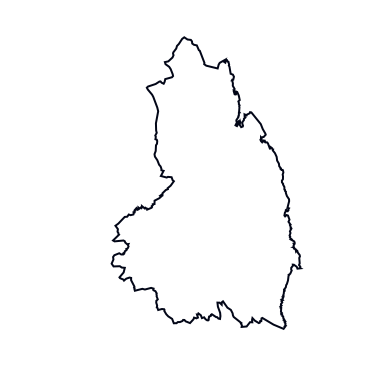 outline of Vestby nor, Akershus, Norway, rotated 168°
{"feature_id": "86288312B18050772568406", "entity_name": "Vestby nor", "entity_type": "district", "adm_level": 2, "iso_a3": "NOR", "parent_name": "Norway", "parent_adm1": "Akershus", "projection": "albers", "projection_center": [10.767, 59.56], "detail": "fine", "context": "isolated", "style": "outline", "palette": "ink", "viewbox_px": 384, "rotation_deg": 168, "n_neighbors": 0, "source": "geoboundaries", "source_scale": "gbopen_adm2", "svg_char_len": 6006}
<svg xmlns="http://www.w3.org/2000/svg" viewBox="0 0 384 384"><g transform="rotate(168 192 192)"><path d="M284.2,135.5L278.0,134.4L276.4,132.7L273.5,131.8L275.6,127.5L280.7,123.6L280.3,122.7L277.2,120.5L276.9,119.5L274.3,120.9L270.9,121.3L269.4,120.6L269.9,118.4L268.0,111.5L268.6,110.5L268.1,109.8L268.5,109.1L268.4,107.3L260.7,107.6L258.3,106.4L251.9,106.7L249.7,105.5L250.2,104.7L250.2,104.0L248.4,102.6L247.6,100.2L248.0,99.7L248.0,98.0L248.3,97.4L247.8,94.1L249.5,93.0L250.0,91.1L249.7,88.2L250.4,86.5L250.0,86.3L249.6,83.6L245.7,83.8L243.6,83.1L243.4,82.3L243.8,81.4L242.6,77.8L241.1,75.3L237.8,72.0L237.1,67.4L234.4,66.9L233.0,67.7L230.8,67.3L228.1,67.8L227.3,68.7L226.0,68.4L225.1,66.8L221.2,64.2L217.0,67.2L216.1,68.7L213.9,67.5L212.3,67.9L212.6,71.1L211.8,70.8L211.0,71.9L209.0,69.6L208.5,66.6L206.2,66.9L205.2,64.7L203.8,63.3L202.7,63.1L202.2,63.5L202.0,65.0L201.3,65.8L201.2,66.6L199.2,67.0L199.0,67.9L198.0,68.3L194.4,64.6L193.4,64.3L192.5,62.7L191.0,62.0L190.0,64.7L189.6,68.0L190.5,74.4L190.1,78.5L188.0,78.0L186.4,75.6L185.8,77.9L184.4,78.6L181.4,71.5L178.5,68.6L177.5,64.9L177.6,62.8L177.2,61.1L171.0,53.6L171.5,53.3L170.9,51.2L171.5,49.7L166.5,49.1L162.3,52.6L160.1,52.0L159.9,54.3L159.1,56.1L157.3,53.1L153.9,49.9L152.9,50.1L152.1,51.6L151.1,51.3L150.3,53.9L149.4,54.2L139.8,45.3L130.9,39.1L129.2,40.6L129.4,41.2L128.0,41.7L128.4,42.5L127.9,43.9L128.3,44.7L127.7,45.6L128.3,45.8L128.0,46.6L128.5,46.9L128.3,47.7L128.9,47.9L128.5,48.6L128.9,49.5L128.7,51.0L129.4,51.8L129.1,52.4L129.4,53.3L130.1,53.6L130.1,54.4L129.2,54.9L129.9,56.3L128.8,60.2L129.3,60.3L129.1,61.1L129.4,61.4L128.0,62.4L128.5,63.1L128.0,64.3L126.7,65.1L126.8,66.2L127.2,66.7L127.1,67.0L125.8,67.3L126.6,68.2L125.6,68.4L124.9,69.7L125.2,70.4L124.2,70.6L124.0,71.6L124.3,71.9L123.4,73.4L122.8,75.4L121.9,76.0L121.8,76.6L122.4,76.6L122.3,77.4L120.1,79.2L119.2,81.4L118.3,82.3L116.5,85.5L115.0,89.9L114.5,90.3L114.1,89.7L114.6,90.9L112.9,91.6L110.8,94.5L111.1,95.4L110.7,97.2L108.6,98.9L108.5,100.0L107.5,99.7L105.5,97.5L105.0,96.7L104.8,95.1L101.6,94.8L102.1,95.3L101.6,96.5L102.5,98.3L101.5,99.8L100.8,105.2L99.8,106.6L99.8,108.0L101.2,110.9L101.2,112.4L101.8,113.2L102.6,112.4L102.6,114.5L104.0,115.4L103.9,116.4L104.2,116.6L103.7,116.6L104.0,118.0L103.1,119.4L103.3,120.3L102.3,120.2L102.1,121.3L102.3,122.4L105.2,125.0L104.5,125.2L105.4,126.4L105.7,127.5L105.2,128.1L105.6,129.1L104.2,131.4L104.4,133.2L102.3,135.6L102.5,136.2L103.1,135.7L102.8,137.5L103.1,139.3L102.4,139.6L103.8,142.8L102.4,144.7L103.0,149.0L104.3,149.8L106.0,148.8L106.5,149.8L105.3,152.7L104.4,153.3L104.0,154.8L103.6,155.0L103.4,154.1L102.4,153.3L101.4,154.2L101.4,155.2L100.6,155.9L101.9,156.7L98.9,162.8L98.6,164.8L100.0,168.3L100.4,171.5L100.1,172.8L100.7,173.4L100.6,174.7L101.1,175.2L100.6,177.7L101.4,180.4L101.2,181.1L102.0,182.7L101.7,184.4L100.4,185.6L99.7,188.5L99.7,190.2L98.6,192.0L98.5,193.8L98.7,194.7L99.8,194.9L100.6,196.2L100.1,196.6L101.3,199.0L101.1,201.7L102.2,205.0L101.9,208.8L102.8,212.8L104.3,215.8L103.9,216.6L104.3,216.7L104.5,218.1L105.9,219.7L106.7,217.5L107.6,223.7L108.2,224.9L110.0,225.3L110.4,225.9L110.0,226.4L110.2,227.0L111.2,226.5L111.8,227.6L113.1,226.1L113.9,227.4L114.2,228.9L113.5,229.6L113.2,230.9L112.8,230.0L112.1,231.0L110.5,230.9L108.0,232.7L108.1,233.9L109.7,238.8L110.6,244.1L117.4,257.5L118.6,258.0L119.2,257.0L122.1,256.3L122.7,255.5L123.9,256.6L124.3,255.7L124.6,256.2L124.9,254.4L124.4,253.7L126.0,252.8L126.3,251.5L128.1,250.0L128.6,248.2L128.3,246.3L128.7,245.5L130.4,245.2L131.3,247.5L131.1,248.9L130.3,249.7L130.4,251.5L130.8,251.0L132.3,252.0L131.2,250.3L134.3,247.1L135.6,248.2L133.2,251.2L133.8,251.8L133.7,253.0L130.9,255.8L131.0,256.5L130.3,257.0L129.6,259.9L129.0,259.9L129.3,260.5L128.0,264.9L128.0,266.2L127.4,266.9L127.9,268.2L127.6,269.3L127.8,271.0L126.2,272.0L126.2,276.6L127.0,280.4L127.7,280.9L128.4,279.8L128.7,278.4L129.5,278.4L130.0,278.8L130.2,281.5L129.6,281.3L129.8,282.6L129.4,282.4L129.5,283.0L128.9,283.9L130.0,287.4L129.4,289.8L129.5,292.7L129.8,292.8L129.2,293.5L128.3,293.3L127.0,296.0L127.6,298.3L129.6,299.6L129.3,306.9L129.7,308.0L129.2,308.8L129.3,311.7L129.8,311.9L130.4,313.7L131.0,313.7L131.3,315.0L131.2,314.0L132.5,311.6L133.6,312.7L132.2,314.4L138.0,312.6L139.4,311.1L141.2,307.5L151.8,312.6L153.5,314.5L153.0,315.8L155.0,328.5L155.8,329.3L156.8,334.4L159.5,335.6L160.9,337.2L160.7,339.3L161.5,341.0L164.7,342.1L167.4,344.9L169.8,343.8L174.1,339.5L176.3,338.0L177.6,335.6L181.3,332.4L181.8,331.2L181.6,329.7L183.1,327.6L188.0,324.7L191.5,324.7L191.3,322.5L188.3,319.2L187.3,316.6L186.4,311.2L186.4,309.4L187.7,308.4L194.7,308.0L195.9,305.4L197.2,303.8L199.0,305.2L199.8,306.7L200.9,306.8L205.1,305.2L213.1,304.3L214.5,303.4L213.9,301.4L210.8,295.5L210.1,293.1L208.4,281.8L208.3,278.0L213.0,266.7L214.3,259.6L214.2,257.2L216.2,254.8L215.9,253.6L216.8,251.2L215.6,250.5L215.4,249.1L216.2,246.5L217.5,245.2L219.0,239.6L220.8,236.8L220.9,234.3L219.3,230.3L218.5,225.5L217.4,223.5L217.1,221.1L217.4,219.6L215.4,218.6L219.1,214.1L213.7,211.4L212.4,211.8L208.9,210.7L208.5,207.6L207.5,206.3L211.6,202.6L215.0,200.8L215.0,199.8L217.2,199.4L221.1,196.9L221.6,194.7L222.3,194.5L222.6,195.5L224.0,194.9L223.2,193.9L225.3,192.7L230.4,191.3L231.2,188.0L232.9,188.2L233.0,187.3L234.4,186.5L234.2,185.6L234.8,185.0L239.4,184.1L239.3,184.9L239.7,185.4L240.3,185.3L241.0,186.3L241.7,185.8L243.9,188.6L244.1,187.6L244.7,186.8L245.2,187.5L246.7,186.7L247.7,188.0L248.2,186.1L249.3,185.9L249.8,187.7L251.9,186.1L251.7,185.4L252.4,185.1L252.4,184.1L253.4,184.2L253.3,183.4L254.0,182.2L256.9,182.1L258.5,183.1L260.5,181.3L263.0,181.6L270.6,176.4L273.9,174.9L272.2,171.1L273.1,168.6L272.5,167.0L272.7,165.9L272.3,165.4L279.3,161.0L278.0,159.8L269.1,158.8L268.0,157.8L267.8,156.4L266.3,154.4L265.0,154.3L265.7,153.4L265.4,151.9L266.6,150.3L268.0,149.9L267.7,149.4L268.2,148.7L270.0,148.0L270.5,146.9L271.7,146.4L271.3,145.7L272.1,145.2L274.2,145.6L275.9,147.2L281.1,146.3L282.7,144.8L282.9,142.3L285.5,138.6L284.2,135.5Z" fill="none" stroke="#020617" stroke-width="2"/></g></svg>